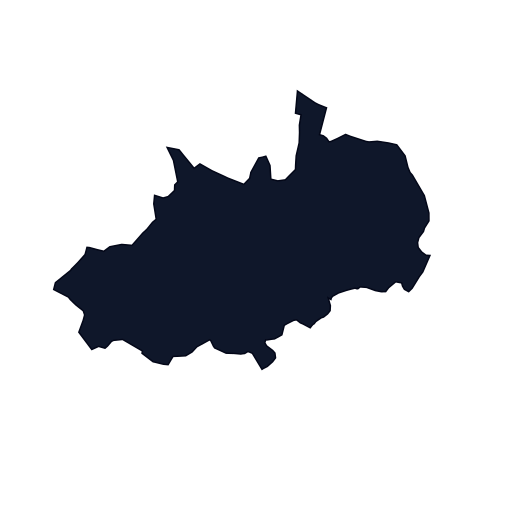 Nebro, Ad Daqahliyah, Egypt (orthographic projection), rotated 37°
{"feature_id": "37247803B57477737935705", "entity_name": "Nebro", "entity_type": "district", "adm_level": 2, "iso_a3": "EGY", "parent_name": "Egypt", "parent_adm1": "Ad Daqahliyah", "projection": "orthographic", "projection_center": [31.299, 31.129], "detail": "fine", "context": "isolated", "style": "filled", "palette": "ink", "viewbox_px": 512, "rotation_deg": 37, "n_neighbors": 0, "source": "geoboundaries", "source_scale": "gbopen_adm2", "svg_char_len": 2780}
<svg xmlns="http://www.w3.org/2000/svg" viewBox="0 0 512 512"><g transform="rotate(37 256 256)"><path d="M189.8,99.3L190.4,100.2L201.6,118.2L207.0,116.1L211.9,125.4L216.4,131.1L222.4,139.7L227.8,151.8L229.4,154.2L232.9,159.5L235.5,163.2L234.2,172.5L233.6,177.5L233.1,178.0L228.2,182.9L227.5,183.2L221.6,185.7L221.1,185.1L212.7,175.3L204.4,170.7L203.8,170.4L201.7,173.2L199.2,176.0L200.6,185.6L201.6,192.4L202.1,193.3L204.2,197.8L203.2,206.1L186.4,210.8L182.4,211.6L169.6,214.4L168.1,214.6L155.8,216.2L153.8,223.2L136.1,218.9L130.6,217.5L119.7,222.8L126.8,226.4L129.6,227.8L132.5,229.3L148.9,243.9L148.3,248.1L150.0,250.6L151.5,252.7L150.1,261.4L146.9,265.6L138.5,268.6L143.0,275.9L154.2,286.7L153.9,288.0L153.1,291.3L152.8,300.3L151.8,305.8L151.7,307.3L151.6,308.8L150.6,322.1L141.8,327.6L137.2,332.7L133.7,336.6L132.7,340.1L131.6,343.9L130.9,344.1L125.4,346.5L117.9,349.5L115.8,350.8L117.5,354.9L118.6,357.7L117.7,368.8L116.7,376.1L116.5,377.4L116.6,379.1L111.9,397.9L111.9,398.1L114.6,404.5L130.9,401.7L133.8,402.5L138.4,403.1L142.0,403.5L146.1,403.6L151.0,403.7L154.6,406.2L155.1,407.4L156.8,411.6L160.4,423.5L181.1,429.5L184.7,422.9L190.9,420.5L191.3,418.7L191.6,417.3L191.9,411.9L192.0,411.1L193.0,409.1L199.7,402.9L222.5,400.2L223.5,402.3L237.5,402.4L238.7,401.8L247.1,398.2L251.2,395.7L250.5,389.5L250.2,386.1L254.0,383.0L259.9,378.0L262.7,371.1L263.4,364.1L269.4,350.8L270.8,350.8L273.5,352.2L276.2,353.6L278.3,354.3L281.4,353.6L290.6,351.6L297.4,346.8L302.9,343.4L303.8,342.4L305.6,340.7L307.0,337.2L309.0,336.5L311.7,335.9L318.6,338.7L329.0,342.9L329.5,341.5L331.5,337.4L332.9,330.5L332.9,325.6L329.5,322.1L326.1,321.4L318.6,321.4L315.2,320.0L314.2,317.1L315.2,316.5L318.6,313.0L320.7,311.0L324.1,303.4L321.7,297.7L320.5,294.9L320.3,294.3L321.4,291.6L323.4,287.5L324.8,284.7L325.9,283.5L326.8,282.6L328.9,282.6L331.6,282.7L334.4,282.0L342.5,280.7L342.5,277.9L342.6,277.2L342.6,276.5L343.2,275.1L343.2,272.4L345.3,266.1L346.7,264.1L348.0,259.2L348.1,255.1L345.3,250.9L338.8,246.0L342.0,245.6L341.4,244.2L341.4,242.1L344.1,235.9L348.9,229.0L351.6,225.5L354.4,222.1L356.4,221.4L356.4,220.7L357.1,220.7L357.8,218.0L363.2,214.5L372.1,211.8L377.6,209.1L381.0,206.4L381.0,201.5L383.1,192.5L387.2,190.5L388.5,189.8L391.2,191.9L394.6,193.3L399.4,192.6L400.1,187.8L398.8,173.9L398.8,168.4L394.6,150.9L391.3,153.1L385.9,153.1L380.4,151.6L377.0,148.1L375.0,143.3L375.0,135.7L373.7,132.2L373.0,123.9L368.2,117.6L354.0,106.4L352.7,105.9L332.2,97.3L328.8,96.6L324.0,93.8L314.8,86.3L301.5,82.5L294.0,85.9L292.5,86.7L283.8,91.4L280.0,94.8L277.6,96.9L274.9,98.3L259.2,103.7L254.4,105.0L250.3,113.3L246.9,119.5L245.5,120.9L241.5,119.5L237.4,119.5L233.7,120.9L223.1,95.2L222.2,95.5L214.8,97.5L211.4,98.1L210.7,98.2L189.8,99.3Z" fill="#0f172a" stroke="#020617" stroke-width="1.5"/></g></svg>